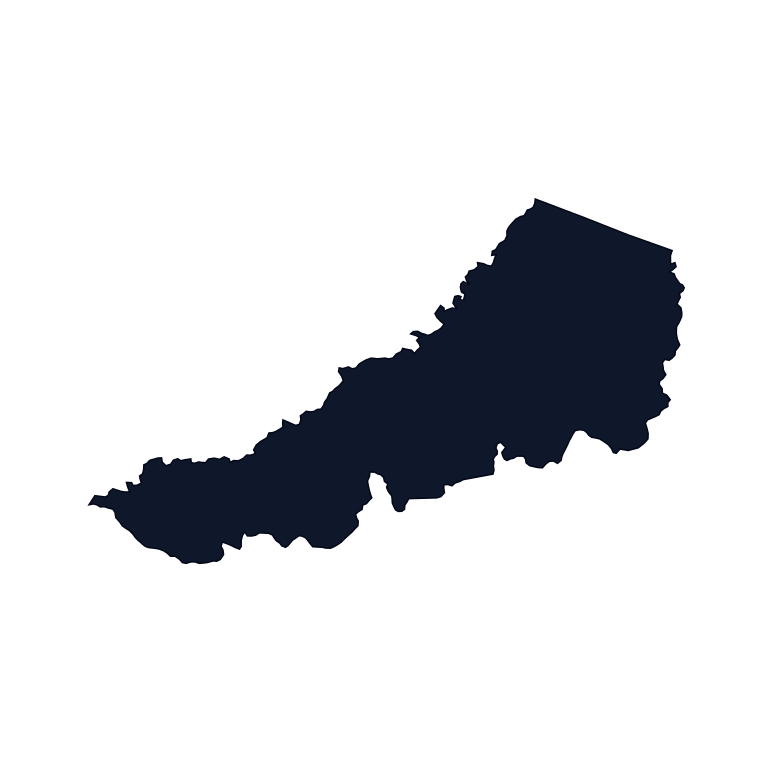 outline of Colméia, Tocantins, Brazil, rotated 78°
{"feature_id": "56859067B96092226018551", "entity_name": "Colméia", "entity_type": "district", "adm_level": 2, "iso_a3": "BRA", "parent_name": "Brazil", "parent_adm1": "Tocantins", "projection": "mercator", "projection_center": [-48.748, -8.892], "detail": "fine", "context": "isolated", "style": "filled", "palette": "ink", "viewbox_px": 768, "rotation_deg": 78, "n_neighbors": 0, "source": "geoboundaries", "source_scale": "gbopen_adm2", "svg_char_len": 5166}
<svg xmlns="http://www.w3.org/2000/svg" viewBox="0 0 768 768"><g transform="rotate(78 384 384)"><path d="M520.7,491.3L524.6,489.5L528.3,487.6L529.4,483.9L530.7,478.8L532.5,474.7L533.5,470.3L532.8,467.0L531.6,463.1L529.9,458.9L526.8,454.1L524.4,450.1L522.4,446.4L519.9,443.0L517.3,439.0L512.8,437.7L509.2,438.7L505.4,438.9L503.5,435.4L502.1,431.5L498.0,430.0L497.4,426.1L494.8,422.8L492.8,419.6L489.6,420.1L485.9,420.4L483.0,420.5L479.8,420.5L475.4,420.3L471.3,417.4L467.2,416.1L468.2,411.7L470.5,408.9L472.1,406.0L475.4,403.8L479.4,403.8L482.5,401.1L485.8,403.0L490.4,402.0L495.0,399.7L498.5,400.0L502.0,400.6L505.9,399.9L509.5,398.9L511.6,396.6L512.2,393.0L510.8,389.9L506.9,388.9L504.2,386.1L501.3,383.6L506.3,356.3L506.0,351.8L503.0,347.5L498.7,347.2L495.1,346.5L495.6,342.4L497.7,338.7L495.6,335.0L495.1,330.1L494.0,326.4L494.8,296.1L491.0,294.3L486.7,294.0L483.5,292.8L479.9,292.7L477.7,290.5L476.2,287.9L473.3,287.1L469.9,287.9L466.0,285.6L465.2,282.0L468.6,279.9L471.2,278.1L473.5,280.7L475.5,283.0L478.9,282.8L482.5,281.8L484.4,279.6L483.5,275.8L483.5,272.5L482.2,269.2L482.8,266.0L483.7,262.5L486.9,261.1L490.6,261.4L494.1,258.6L496.0,254.6L497.7,250.9L498.9,246.4L495.8,242.2L494.0,238.3L494.6,234.3L497.7,230.8L495.6,226.7L491.4,224.8L488.8,222.9L485.4,220.1L481.7,217.2L478.3,214.8L475.5,212.3L472.3,209.7L469.4,206.7L469.4,202.0L471.0,197.9L473.5,195.8L476.8,194.3L479.3,192.0L480.6,188.6L482.5,184.5L486.3,180.6L489.9,177.3L494.1,175.0L498.7,173.9L500.1,171.3L496.7,166.7L499.8,159.0L499.3,148.6L496.4,142.6L494.6,139.8L492.5,137.2L487.3,135.9L481.7,136.0L476.6,136.5L473.9,133.7L472.0,124.3L471.2,121.3L468.1,118.9L466.3,115.6L465.0,111.0L461.1,110.2L458.9,107.3L453.7,109.7L450.8,113.6L446.4,112.9L441.4,115.0L438.4,113.6L436.5,109.8L433.5,106.4L428.8,107.8L424.9,107.4L421.2,107.3L418.3,104.3L420.1,100.2L418.6,96.8L416.2,93.4L412.1,92.0L409.4,88.7L407.3,86.6L401.1,87.8L395.8,87.6L391.6,86.7L388.5,85.8L385.6,82.9L383.2,81.1L379.9,78.8L376.2,77.9L371.2,77.7L366.8,80.8L363.3,78.3L360.9,76.2L356.9,76.2L354.9,72.1L352.3,70.3L349.2,71.4L347.3,73.9L340.3,76.8L336.6,77.3L333.9,81.4L331.8,77.0L330.0,73.9L325.8,74.2L326.4,78.7L322.4,78.0L317.9,77.1L313.4,74.4L288.6,114.7L262.3,154.4L234.5,197.6L238.6,198.9L242.3,201.5L243.4,204.8L243.6,207.7L246.1,209.7L248.5,212.0L248.6,215.7L250.1,220.6L253.8,225.9L256.4,229.2L259.9,232.0L264.6,232.9L268.7,236.0L270.6,241.8L275.8,246.8L276.6,250.4L280.6,251.9L280.8,247.5L284.6,250.0L288.2,251.9L291.0,254.5L289.5,258.3L286.9,261.8L284.7,267.3L288.6,267.5L291.0,272.0L291.3,277.3L294.2,279.1L296.2,282.2L300.4,281.7L304.4,279.9L300.3,285.2L302.0,287.9L305.4,289.2L310.1,289.1L313.0,286.1L318.7,288.9L317.2,292.1L314.5,290.5L313.0,293.2L313.1,296.6L319.1,299.7L325.4,297.4L323.8,301.5L324.6,306.6L325.4,310.2L322.3,309.5L319.0,312.3L325.7,319.5L329.8,318.4L334.2,315.7L337.9,312.8L341.0,316.2L342.6,319.4L343.4,323.3L345.2,327.5L345.6,331.2L343.8,333.8L342.4,336.6L339.5,340.0L338.8,344.4L340.5,347.5L343.3,342.6L345.8,339.6L348.1,343.0L352.3,341.1L355.7,340.8L357.8,344.5L360.4,347.9L356.7,350.0L354.4,355.5L353.0,358.3L355.9,360.4L357.2,365.7L360.4,369.9L360.4,374.3L358.9,377.5L358.0,385.0L356.0,391.2L356.8,396.7L357.8,400.0L359.3,404.1L362.5,408.1L362.5,412.0L359.9,415.2L360.4,421.0L358.9,424.5L362.4,425.9L367.5,423.8L372.2,423.1L374.6,425.9L376.4,428.4L378.5,433.0L380.6,435.8L381.4,439.0L386.4,442.6L389.5,446.0L392.7,447.8L395.5,451.0L395.0,454.4L396.3,458.2L396.0,461.8L394.5,465.8L396.3,469.0L397.7,472.4L401.4,472.7L405.7,474.9L406.2,478.8L403.9,482.2L401.0,486.2L398.1,490.3L400.9,491.2L405.2,491.9L406.7,495.9L407.9,499.6L408.4,502.6L408.0,506.8L412.3,509.6L414.6,516.8L417.2,521.7L421.3,525.2L425.3,524.3L425.9,529.6L424.9,533.0L427.6,537.4L428.8,542.2L427.6,547.3L428.8,550.7L425.1,551.1L422.0,555.5L423.5,560.5L421.2,565.6L420.9,571.2L423.8,574.8L422.9,578.4L421.7,581.5L422.2,585.4L420.9,588.9L417.1,588.5L416.8,593.5L416.7,598.9L414.2,601.2L414.7,605.8L418.1,609.3L418.6,614.3L414.2,617.2L410.0,616.9L409.4,620.6L410.0,629.1L412.5,632.6L413.1,635.7L417.7,636.9L421.7,638.8L423.1,642.2L426.1,642.3L430.5,642.0L431.7,646.6L431.1,650.5L428.0,651.4L426.7,656.4L431.7,656.1L436.6,655.2L435.9,659.5L434.3,663.7L430.1,670.9L432.4,675.2L435.8,677.1L436.5,680.3L433.1,690.0L440.8,697.7L440.9,693.2L442.6,689.8L445.2,687.2L445.9,683.0L448.1,679.2L450.1,675.2L453.7,673.8L458.9,674.1L463.8,671.3L468.4,669.4L471.3,666.7L474.4,663.5L478.6,660.8L482.5,659.1L485.9,656.9L488.5,654.9L491.0,653.1L493.3,651.1L495.0,648.4L496.0,645.4L497.0,642.4L498.7,638.2L501.3,634.2L504.5,631.1L508.1,628.7L509.0,624.2L512.9,620.5L516.8,618.3L518.3,614.9L517.9,609.7L518.8,605.7L521.0,602.1L521.6,597.7L521.9,594.0L521.7,590.5L521.6,587.4L522.6,584.5L521.6,580.6L517.5,576.4L513.0,576.0L509.1,577.1L504.9,575.1L507.9,570.3L510.3,566.8L513.0,563.5L515.5,559.7L513.1,557.3L510.1,556.8L507.1,556.1L503.0,554.1L499.6,551.1L504.2,549.2L505.2,545.0L505.2,540.9L503.7,537.0L504.8,532.7L506.1,527.9L508.5,524.5L511.6,523.5L514.9,522.0L517.9,519.1L521.2,517.5L523.3,514.2L522.0,511.3L520.0,508.8L517.8,506.0L516.3,502.2L514.7,498.6L515.9,495.6L518.0,492.9L520.7,491.3Z" fill="#0f172a" stroke="#020617" stroke-width="1.5"/></g></svg>